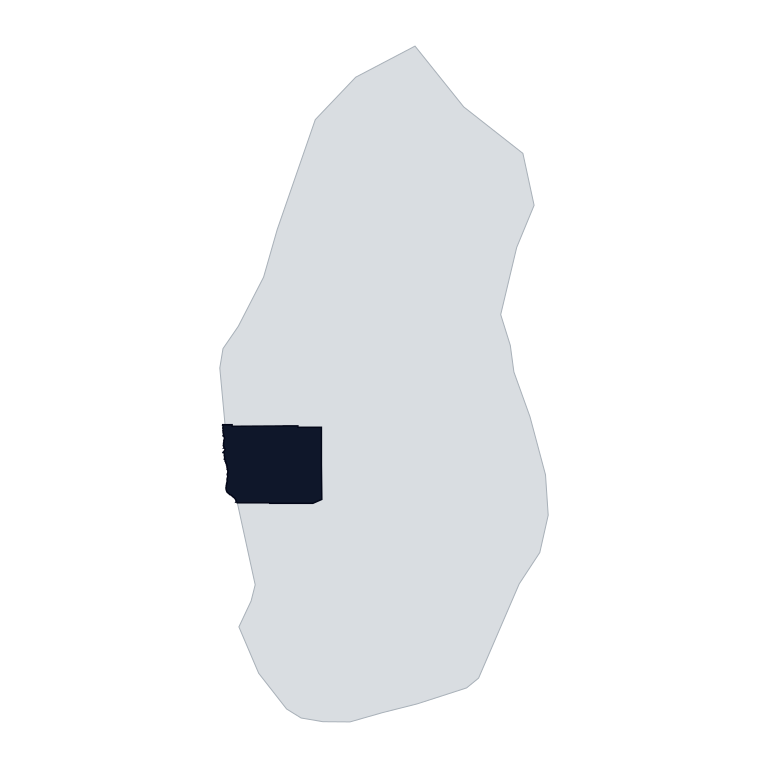 location of 84, Ar Rayyān, Qatar
{"feature_id": "91078587B80601194471899", "entity_name": "84", "entity_type": "district", "adm_level": 2, "iso_a3": "QAT", "parent_name": "Qatar", "parent_adm1": "Ar Rayyān", "projection": "mercator", "projection_center": [50.776, 25.173], "detail": "fine", "context": "in_parent", "style": "filled", "palette": "ink", "viewbox_px": 768, "rotation_deg": 0, "n_neighbors": 0, "source": "geoboundaries", "source_scale": "gbopen_adm2", "svg_char_len": 4068}
<svg xmlns="http://www.w3.org/2000/svg" viewBox="0 0 768 768"><path d="M417.1,703.9L382.6,712.6L350.0,721.9L322.9,721.7L301.1,718.0L286.6,709.0L258.7,673.3L238.9,626.9L251.1,601.0L255.2,584.8L228.5,462.3L219.8,368.0L223.0,348.6L238.3,326.3L263.6,277.1L277.2,229.6L315.3,119.6L355.7,77.2L415.0,46.1L463.7,106.9L522.9,153.4L534.1,205.3L516.7,247.4L500.7,314.6L510.3,345.4L513.9,372.0L530.0,416.8L545.5,474.8L548.2,515.2L539.8,552.5L519.2,583.9L478.6,678.1L466.6,687.9L417.1,703.9Z" fill="#d9dde1" stroke="#a8b0b8" stroke-width="1"/><path d="M222.7,424.7L222.7,424.9L222.6,425.5L222.9,425.6L223.0,425.7L223.0,425.8L223.0,426.0L223.1,426.8L223.0,427.2L222.9,427.6L222.8,427.8L222.8,428.1L222.8,428.3L223.0,428.5L223.1,428.9L223.1,429.1L223.1,429.9L223.0,430.3L223.0,430.5L222.9,430.6L223.0,430.8L223.0,431.2L223.0,431.4L223.1,431.9L223.1,432.2L223.1,432.5L223.1,432.8L223.3,433.0L223.4,433.5L223.4,433.9L223.5,434.1L223.5,434.3L223.5,434.9L223.5,435.1L223.2,435.8L222.3,435.9L223.8,435.8L223.9,436.1L223.9,436.4L223.9,436.6L224.0,436.7L224.0,436.9L224.2,437.0L224.3,437.0L224.5,437.6L224.5,437.8L224.5,438.1L224.4,438.5L224.3,438.8L224.3,439.2L224.2,439.4L224.1,439.6L224.0,439.8L224.0,440.0L223.9,440.2L223.8,440.4L223.9,440.5L224.0,440.6L223.9,440.8L223.9,441.0L224.0,441.2L224.0,441.3L223.9,441.4L223.8,441.8L223.7,442.1L223.7,442.5L223.6,442.9L223.5,443.3L223.5,443.5L223.6,443.9L223.6,444.1L223.6,444.4L223.6,444.5L223.5,444.8L223.4,445.0L223.3,445.3L223.3,445.6L223.3,445.8L223.5,446.0L223.7,446.3L223.8,446.4L223.9,446.5L224.0,446.8L223.9,446.9L223.9,447.2L224.0,447.3L224.0,447.7L223.8,448.0L224.3,447.9L224.5,448.3L224.9,448.6L225.0,448.9L225.0,449.2L225.0,449.4L224.9,449.9L224.7,450.2L224.6,450.4L224.4,450.7L224.3,450.9L224.2,451.1L224.1,451.3L223.9,451.5L223.9,451.8L223.7,452.1L223.3,452.1L222.9,452.4L222.9,452.5L223.0,452.5L223.1,452.3L223.3,452.2L223.8,452.1L223.8,452.3L223.8,452.5L223.5,452.6L223.4,452.6L223.2,452.5L223.3,452.6L223.8,452.6L224.0,453.0L224.2,453.4L224.3,453.5L224.3,454.1L224.4,454.5L224.4,454.9L224.3,455.1L224.3,455.4L224.2,455.6L224.2,455.8L224.3,456.0L224.5,456.2L224.6,456.3L224.6,456.5L224.6,456.8L224.6,457.0L224.6,457.4L224.6,457.7L224.6,457.8L224.6,458.1L224.5,458.6L224.4,458.9L224.3,459.3L224.5,459.4L224.3,459.4L224.6,459.3L224.8,459.4L224.9,459.5L225.0,459.7L225.0,460.1L225.2,460.5L225.2,460.9L225.2,461.1L225.2,461.3L225.3,461.3L225.5,461.5L225.8,461.7L225.8,461.8L225.8,462.2L225.7,462.5L225.8,462.9L225.8,463.0L226.0,463.2L226.1,463.4L226.3,463.6L226.3,463.8L226.4,464.0L226.5,464.1L226.5,464.4L226.5,464.6L226.5,465.0L226.9,465.1L227.0,465.5L226.9,466.8L226.9,467.0L227.0,467.4L227.1,467.5L227.3,467.8L227.5,468.6L227.3,469.4L227.2,469.4L227.5,469.9L227.8,470.0L227.8,471.3L227.9,471.6L227.9,471.8L227.9,472.0L227.9,472.8L227.7,472.8L227.6,473.2L227.4,473.6L227.3,474.2L227.2,474.3L227.2,474.5L227.3,474.7L227.4,475.2L227.5,475.3L227.6,475.7L227.6,475.8L227.7,476.0L227.8,476.2L227.7,476.6L227.6,476.9L227.5,477.5L227.4,477.6L227.2,478.3L227.3,478.9L227.1,478.9L227.0,479.1L227.1,479.9L227.2,480.0L227.4,481.0L227.1,481.0L227.1,481.6L226.9,482.6L226.7,483.0L226.7,483.3L226.8,483.6L226.6,483.6L226.5,484.2L226.5,484.4L226.5,484.5L226.4,485.0L226.2,485.7L226.2,486.0L226.2,487.0L226.0,487.3L226.0,487.6L226.0,487.8L226.0,488.2L226.0,488.5L226.1,488.9L226.1,489.4L226.5,490.8L226.7,491.0L226.7,491.3L226.8,491.4L227.0,491.7L227.1,492.2L227.5,492.6L227.8,492.8L228.0,492.9L228.1,493.0L228.3,493.1L228.5,493.3L229.7,494.5L230.2,494.8L230.8,494.9L231.2,495.2L231.5,495.3L231.6,495.6L231.8,495.8L232.0,495.9L232.2,496.0L232.4,496.2L232.7,496.5L232.8,496.7L232.9,496.8L233.2,497.0L233.4,497.0L233.7,497.3L233.8,497.4L234.2,497.8L234.5,497.8L234.5,498.0L234.8,498.4L235.1,498.6L235.5,499.6L235.7,499.9L235.9,499.9L235.9,500.3L236.0,500.5L236.1,501.7L236.0,501.9L236.3,501.8L236.5,501.8L236.6,502.0L237.1,502.8L269.2,502.8L269.6,503.3L312.9,503.3L321.8,499.4L321.4,464.7L321.4,427.3L297.9,427.3L297.9,425.9L283.3,425.9L283.3,426.0L232.1,426.3L232.1,424.7L222.7,424.7Z" fill="#0f172a" stroke="#020617" stroke-width="1.5"/></svg>